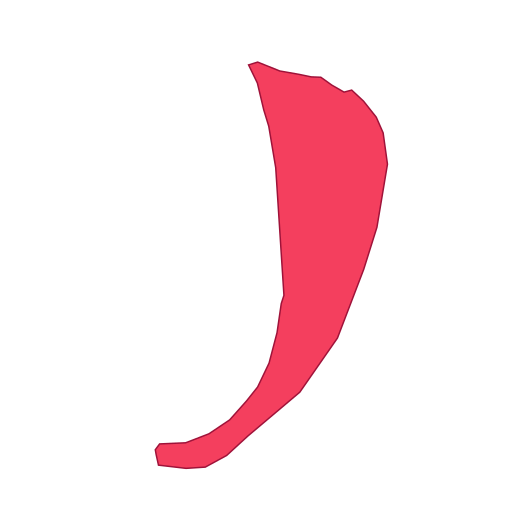 outline of Satowan, Federated States of Micronesia, rotated 341°
{"feature_id": "79324940B12415749846105", "entity_name": "Satowan", "entity_type": "district", "adm_level": 2, "iso_a3": "FSM", "parent_name": "Federated States of Micronesia", "parent_adm1": "", "projection": "natural_earth1", "projection_center": [153.731, 5.329], "detail": "fine", "context": "isolated", "style": "filled", "palette": "rose", "viewbox_px": 512, "rotation_deg": 341, "n_neighbors": 0, "source": "geoboundaries", "source_scale": "gbopen_adm2", "svg_char_len": 630}
<svg xmlns="http://www.w3.org/2000/svg" viewBox="0 0 512 512"><g transform="rotate(341 256 256)"><path d="M311.2,72.9L313.6,92.9L310.9,120.4L310.3,137.5L303.4,178.9L269.6,302.3L264.4,309.2L250.9,335.4L233.5,361.5L214.9,380.4L199.8,390.0L177.7,402.4L153.5,408.8L128.6,409.7L103.7,402.3L97.7,406.4L96.9,411.5L95.7,422.0L120.7,434.0L139.3,439.1L163.4,435.0L189.6,423.6L253.1,399.0L306.3,360.1L353.5,303.7L379.7,268.2L410.2,212.0L416.3,181.0L414.9,163.9L408.1,144.6L400.5,130.3L392.6,129.7L383.4,119.2L375.5,108.1L366.5,104.6L355.9,98.3L338.7,88.8L320.7,73.2L311.2,72.9Z" fill="#f43f5e" stroke="#9f1239" stroke-width="1.5"/></g></svg>